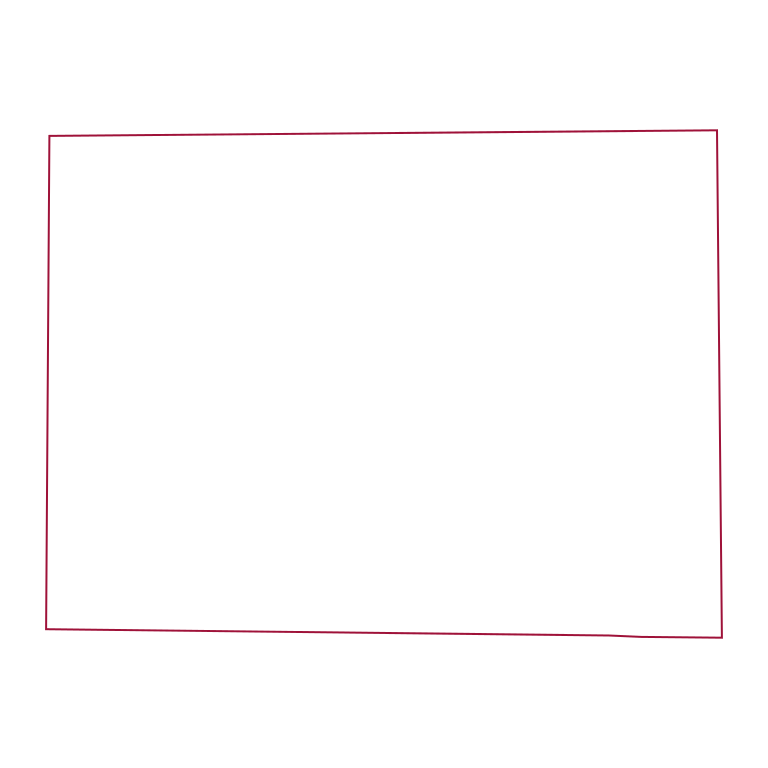 the district of Zavala, Texas, United States of America
{"feature_id": "52423323B15496967187618", "entity_name": "Zavala", "entity_type": "district", "adm_level": 2, "iso_a3": "USA", "parent_name": "United States of America", "parent_adm1": "Texas", "projection": "robinson", "projection_center": [-99.64, 28.866], "detail": "fine", "context": "isolated", "style": "outline", "palette": "rose", "viewbox_px": 768, "rotation_deg": 0, "n_neighbors": 0, "source": "geoboundaries", "source_scale": "gbopen_adm2", "svg_char_len": 209}
<svg xmlns="http://www.w3.org/2000/svg" viewBox="0 0 768 768"><path d="M717.0,130.3L49.4,135.9L46.1,629.2L609.1,635.5L641.1,636.9L721.9,637.7L717.0,130.3Z" fill="none" stroke="#9f1239" stroke-width="2"/></svg>